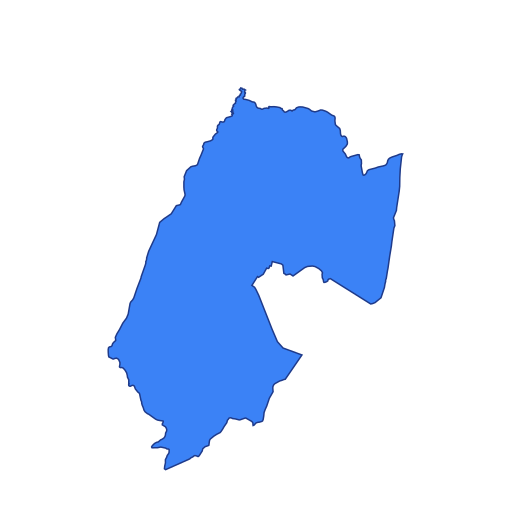 the district of Kerinci, Jambi, Indonesia, rotated 246°
{"feature_id": "22746128B64633952285861", "entity_name": "Kerinci", "entity_type": "district", "adm_level": 2, "iso_a3": "IDN", "parent_name": "Indonesia", "parent_adm1": "Jambi", "projection": "orthographic", "projection_center": [101.649, -2.061], "detail": "fine", "context": "isolated", "style": "filled", "palette": "blue", "viewbox_px": 512, "rotation_deg": 246, "n_neighbors": 0, "source": "geoboundaries", "source_scale": "gbopen_adm2", "svg_char_len": 6046}
<svg xmlns="http://www.w3.org/2000/svg" viewBox="0 0 512 512"><g transform="rotate(246 256 256)"><path d="M235.0,90.8L234.3,89.5L233.8,88.9L232.7,88.1L232.4,87.5L232.2,86.8L232.5,85.7L232.5,84.8L232.1,83.9L230.6,82.9L228.0,81.8L225.2,80.8L223.7,80.5L220.1,83.4L219.8,84.1L219.9,85.1L219.4,87.1L218.0,88.1L217.3,88.4L214.2,88.4L212.5,87.7L210.5,86.3L210.0,86.2L209.2,86.7L208.7,88.1L207.6,89.1L205.1,89.9L201.9,90.3L199.1,89.8L197.6,89.3L194.6,89.4L191.3,87.9L190.9,88.1L190.4,87.4L189.5,87.1L189.0,87.2L188.3,87.8L188.1,88.4L188.2,90.3L187.8,91.2L187.0,91.8L186.0,91.9L183.7,91.7L179.8,92.7L178.6,93.4L177.5,93.6L171.0,92.2L169.2,92.2L168.1,91.7L166.3,91.4L163.2,91.3L160.7,91.0L158.8,91.3L156.1,92.7L155.0,93.7L147.8,97.9L146.2,99.3L144.7,101.4L143.1,104.0L142.7,104.0L141.5,103.2L141.1,102.4L139.9,101.7L136.8,103.8L135.3,104.0L133.9,103.9L132.5,103.2L131.0,101.4L129.4,100.5L128.1,99.4L127.2,97.9L126.8,95.8L126.8,94.1L125.9,91.1L126.2,89.4L126.0,87.0L125.0,84.3L124.1,83.0L123.6,82.9L123.1,83.0L120.9,88.1L120.2,91.3L117.2,95.4L116.0,96.1L115.1,97.7L114.4,97.9L111.9,96.7L111.0,95.7L109.9,93.8L108.4,92.4L106.8,90.4L103.8,89.1L101.1,87.1L98.9,85.8L97.6,86.5L97.6,112.9L98.1,114.3L98.2,116.6L98.6,118.1L98.6,118.8L98.1,119.7L97.2,120.7L96.4,121.4L96.3,122.0L96.8,123.1L99.7,127.5L101.6,129.0L102.5,132.0L102.2,135.0L102.3,136.0L105.3,137.8L106.7,138.8L107.4,139.9L108.6,144.3L109.1,147.6L109.3,151.4L109.9,152.7L111.4,155.1L113.1,157.4L115.6,161.5L117.6,163.1L118.1,164.3L118.8,165.2L118.8,165.8L118.7,166.7L118.0,167.7L117.0,168.5L115.7,170.7L113.1,174.0L112.8,175.0L112.4,179.9L112.1,180.8L106.8,184.7L105.6,185.2L104.6,185.2L102.8,184.5L102.3,184.4L102.3,185.5L103.3,187.7L103.5,188.4L103.3,190.0L102.8,191.7L102.5,194.2L102.7,195.0L103.8,196.1L106.7,198.0L109.7,199.7L112.1,202.0L114.5,204.7L120.6,210.3L125.1,216.4L128.2,217.5L129.7,218.2L131.2,219.9L131.7,221.3L132.2,226.9L131.9,228.8L131.8,231.3L131.5,232.6L146.9,257.7L160.9,243.3L169.0,240.7L182.7,240.9L219.0,242.5L225.6,242.3L228.0,242.0L230.8,240.3L236.6,249.0L235.5,249.7L236.4,255.2L240.6,260.8L239.6,262.0L239.7,263.0L241.4,264.6L240.6,265.8L244.3,268.6L238.5,275.9L236.8,276.8L236.3,276.7L228.8,274.4L227.3,275.5L226.5,275.7L225.7,279.8L222.7,281.7L225.6,295.8L225.5,298.9L223.9,303.5L222.3,305.7L218.9,308.3L215.7,309.8L213.5,309.9L212.6,309.0L209.1,307.7L206.7,307.8L205.8,307.4L204.3,307.3L203.9,308.2L203.8,310.1L204.1,311.5L204.9,312.0L205.3,312.8L205.1,314.7L165.5,341.3L165.1,343.2L165.0,345.8L167.0,353.2L175.0,360.5L178.2,362.6L179.9,364.0L181.4,364.7L182.4,365.8L188.9,370.0L191.0,371.5L201.7,378.2L210.0,383.7L213.9,386.0L223.2,391.9L225.5,393.4L227.2,395.2L231.9,396.8L233.7,396.8L235.1,397.2L240.5,402.8L243.2,404.3L257.0,413.2L261.2,415.6L269.2,419.3L277.0,423.3L287.3,429.3L288.8,430.6L289.6,431.5L290.2,430.4L290.6,428.2L290.6,425.5L291.1,420.8L291.1,418.8L291.0,417.7L290.5,416.3L289.4,415.0L287.9,414.0L286.9,412.7L286.3,411.4L286.5,409.0L287.6,403.9L287.8,400.8L288.9,394.3L288.6,392.5L286.5,390.2L285.9,388.5L285.9,387.5L286.2,387.0L286.5,386.8L288.9,387.1L295.5,388.7L296.5,389.2L297.4,389.9L300.9,391.3L302.9,390.9L304.2,390.9L306.5,391.4L307.2,390.2L308.1,384.2L308.3,382.4L307.9,380.8L308.0,380.3L308.7,379.5L309.8,379.1L312.8,379.1L316.5,378.1L317.6,378.4L318.2,378.8L319.6,382.7L321.0,384.8L321.7,385.3L323.1,385.9L326.6,386.6L327.6,386.5L328.8,386.1L329.6,385.3L329.9,384.5L330.0,383.4L330.7,382.9L331.8,382.7L333.2,382.9L336.5,384.1L338.5,384.3L342.6,382.3L343.8,382.0L347.3,383.0L349.9,384.4L351.3,384.6L352.1,384.3L353.9,382.5L358.4,379.8L360.0,378.5L362.2,376.1L363.1,374.5L363.2,371.8L363.6,368.9L363.8,368.3L365.9,365.7L368.3,364.5L369.6,363.5L373.1,359.3L374.3,356.9L374.8,355.5L374.9,353.2L373.9,351.3L373.9,350.1L374.2,349.5L373.8,347.9L374.4,347.6L375.3,346.6L375.5,346.1L375.7,344.8L375.4,344.1L375.3,342.1L375.5,341.1L376.1,340.4L377.3,340.2L378.2,339.7L378.8,339.5L379.8,339.8L380.1,339.7L380.9,338.6L381.8,338.3L383.7,335.6L385.1,333.2L386.3,330.2L387.2,328.8L387.0,328.2L386.0,328.1L385.7,327.6L386.0,327.0L386.8,326.1L387.1,324.9L387.6,323.5L387.5,321.5L387.8,320.8L389.0,320.0L390.2,318.1L391.4,317.3L393.0,317.2L394.6,317.5L395.4,317.5L396.6,317.3L397.4,316.8L398.3,315.3L400.9,313.1L403.1,310.4L404.3,308.5L405.3,308.3L405.8,308.5L406.6,309.6L406.7,310.1L406.4,310.4L406.5,310.6L407.1,310.8L407.5,311.2L408.4,311.5L408.9,312.4L409.3,312.7L409.7,312.6L409.8,312.3L410.5,312.3L411.1,312.8L412.0,313.2L412.0,313.8L413.4,312.9L413.8,311.5L415.1,311.4L415.5,310.5L415.7,310.4L414.9,309.2L414.9,308.5L414.7,308.4L413.8,308.8L412.2,309.8L411.5,309.4L411.0,308.8L410.4,308.4L410.2,307.4L409.4,307.1L409.3,306.0L408.3,305.4L408.7,303.9L408.1,303.0L408.2,302.1L408.0,301.8L407.1,301.6L406.7,300.6L405.6,300.9L404.9,299.8L403.9,299.4L403.7,298.1L403.0,296.4L402.0,296.5L401.8,295.8L400.6,294.3L399.2,294.2L399.4,293.6L399.4,293.3L398.7,293.0L398.0,293.5L398.2,292.0L396.7,292.4L396.4,293.2L395.6,293.5L395.2,293.1L395.6,292.2L395.4,291.5L394.4,291.6L393.8,291.3L393.7,290.9L393.7,289.4L394.3,285.5L394.2,284.9L393.3,283.2L392.0,282.1L391.6,281.3L391.8,280.1L393.2,278.3L393.1,277.6L391.2,275.9L390.9,274.3L390.3,273.6L388.5,272.8L387.4,271.5L386.6,271.1L386.2,271.1L385.1,271.6L384.7,271.5L384.2,270.3L383.9,268.5L382.2,265.2L381.5,264.6L380.6,264.3L380.1,263.9L379.8,262.5L379.7,261.3L380.1,258.5L380.6,256.0L380.5,255.0L380.1,254.2L379.1,253.5L378.1,252.1L377.7,251.7L377.0,251.6L375.6,251.7L374.9,251.3L370.3,246.6L368.3,244.3L363.4,239.8L363.1,238.8L363.1,237.3L363.8,234.6L364.0,232.8L362.2,227.3L357.6,222.6L355.3,221.9L353.1,220.3L348.4,218.2L345.7,217.2L341.8,216.4L340.5,216.0L339.6,215.2L335.6,209.9L333.9,208.0L333.7,207.4L334.4,203.7L329.0,195.7L327.6,187.9L327.6,187.6L325.9,181.7L316.1,173.8L304.0,159.9L298.6,155.2L298.1,155.1L296.8,154.2L295.5,152.9L294.5,152.6L292.9,151.3L283.8,142.7L282.7,142.0L274.7,134.0L267.5,127.4L266.1,125.5L264.9,122.8L263.8,121.6L254.9,115.6L251.9,112.4L248.9,107.1L244.4,101.5L241.5,97.3L238.9,94.4L236.1,93.6L235.8,93.2L235.0,90.8Z" fill="#3b82f6" stroke="#1e3a8a" stroke-width="1.5"/></g></svg>